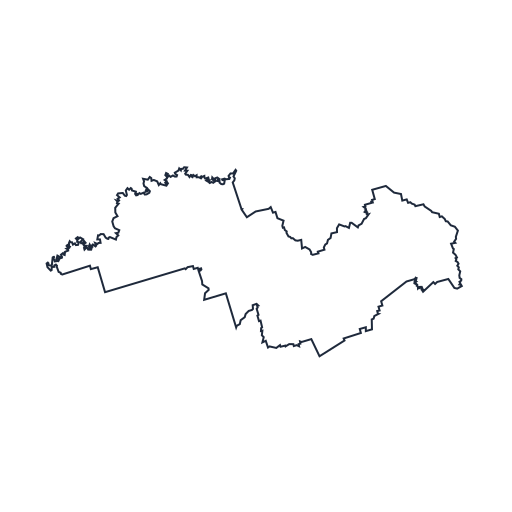 Indigo, Victoria, Australia, rotated 335°
{"feature_id": "25037944B29539471298626", "entity_name": "Indigo", "entity_type": "district", "adm_level": 2, "iso_a3": "AUS", "parent_name": "Australia", "parent_adm1": "Victoria", "projection": "orthographic", "projection_center": [146.626, -36.209], "detail": "fine", "context": "isolated", "style": "outline", "palette": "slate", "viewbox_px": 512, "rotation_deg": 335, "n_neighbors": 0, "source": "geoboundaries", "source_scale": "gbopen_adm2", "svg_char_len": 6107}
<svg xmlns="http://www.w3.org/2000/svg" viewBox="0 0 512 512"><g transform="rotate(335 256 256)"><path d="M63.1,174.3L62.3,178.0L63.8,182.5L64.8,182.4L66.2,179.7L68.7,180.6L69.2,179.3L71.0,179.2L71.5,180.7L70.9,181.5L70.4,187.0L71.9,188.6L71.6,189.7L72.6,190.9L101.4,194.6L100.8,198.1L107.8,199.3L103.9,225.0L186.2,237.1L186.7,238.2L189.3,237.2L194.6,238.5L194.1,241.4L198.2,242.1L198.0,243.5L201.0,244.0L200.8,245.1L199.5,245.7L197.7,245.4L196.5,255.9L195.3,259.1L199.3,265.2L198.8,266.7L194.1,268.2L190.5,273.8L212.9,277.1L207.8,312.4L209.1,311.1L212.5,310.9L215.0,307.7L219.9,306.7L222.1,304.2L226.2,302.7L229.5,303.2L230.9,302.7L232.2,299.2L236.3,299.6L237.1,301.8L236.0,301.6L235.7,303.4L234.3,304.1L233.4,310.4L232.1,310.6L231.2,316.3L232.8,316.5L231.4,323.2L230.2,323.5L228.8,326.1L230.2,326.4L227.8,330.3L228.7,332.8L225.3,337.0L229.0,337.0L228.2,344.0L230.1,343.7L235.5,347.9L240.1,346.9L239.9,348.6L244.7,349.6L244.6,350.4L248.8,349.9L252.6,351.7L252.2,353.6L255.2,354.0L256.9,356.0L257.4,353.9L259.2,354.2L259.8,352.0L261.0,353.2L271.0,354.7L271.2,373.7L300.5,370.0L300.6,367.8L318.5,370.1L319.2,366.0L325.4,367.0L323.8,370.5L330.1,371.5L334.1,362.4L336.1,362.5L337.9,360.4L342.6,360.2L342.1,359.8L342.6,357.1L345.0,357.6L345.6,353.7L349.6,354.3L350.3,349.9L381.6,342.7L389.4,343.9L391.7,343.4L392.2,343.8L391.4,344.8L391.2,343.6L389.7,345.1L389.9,346.0L389.2,346.3L390.1,347.0L388.8,347.3L389.2,348.3L388.5,348.3L389.9,350.1L389.1,350.9L389.8,352.0L389.1,353.9L391.2,353.2L392.0,353.5L391.5,354.2L392.9,354.3L392.5,355.2L393.1,355.0L393.1,355.7L392.2,356.3L393.1,357.1L392.1,357.4L392.3,359.0L405.7,354.6L406.5,357.0L409.2,356.1L420.6,358.1L422.3,368.8L424.6,370.6L429.8,370.2L429.7,368.9L428.3,367.8L429.7,367.1L429.5,365.4L431.6,365.0L432.3,363.8L431.3,361.9L432.1,359.4L434.6,356.2L433.7,353.6L435.0,352.0L434.3,349.9L436.3,348.6L436.1,346.6L434.9,344.9L436.3,343.4L436.0,342.3L437.5,342.2L437.3,339.2L436.0,336.2L438.2,333.3L437.7,332.3L438.0,327.3L442.2,328.3L441.7,326.7L444.6,325.0L445.2,323.1L449.7,318.3L448.6,313.5L445.5,310.5L444.3,305.7L442.7,304.7L442.7,302.2L441.2,298.6L439.0,298.3L439.6,295.0L434.1,290.7L433.9,289.2L429.8,282.4L429.6,279.9L421.5,278.2L421.5,276.5L419.3,274.3L418.6,272.5L416.3,272.1L416.5,268.4L412.0,267.6L413.6,261.1L407.9,256.9L403.3,247.4L389.3,245.1L387.7,254.6L384.9,254.2L384.5,256.6L383.4,255.8L383.3,256.7L376.4,255.6L376.1,257.3L374.3,257.0L375.5,259.4L375.2,260.8L374.5,260.7L374.7,261.7L373.8,261.9L374.6,262.4L373.7,262.7L375.0,264.0L374.1,264.8L374.4,265.6L375.7,265.8L371.5,268.2L369.6,268.1L365.3,271.4L361.9,271.6L360.4,273.1L356.7,266.3L355.4,265.7L352.1,269.8L349.8,266.8L348.7,266.6L344.7,262.5L341.1,265.0L339.5,268.6L333.9,267.4L331.2,271.2L328.0,271.8L325.7,274.6L323.6,274.9L321.1,276.9L320.7,279.2L313.9,278.2L313.7,280.0L307.9,278.9L306.8,277.5L307.6,275.8L307.3,272.7L304.4,268.6L300.9,268.6L303.8,260.5L300.3,259.8L298.3,258.5L296.9,255.4L295.5,254.9L295.0,253.1L293.7,252.0L293.4,247.9L294.2,246.7L293.1,244.6L293.5,241.9L292.3,241.7L292.6,239.8L295.9,235.6L291.4,230.8L292.3,224.3L289.7,223.9L290.0,217.9L287.4,218.6L274.5,215.5L264.1,217.0L262.6,207.9L263.3,207.6L262.7,207.1L266.0,179.5L268.3,178.3L269.6,176.6L269.2,174.4L274.1,170.4L273.9,169.3L270.0,171.5L267.8,170.4L265.0,171.8L264.8,173.1L265.5,174.0L264.4,174.9L261.1,173.7L260.3,172.6L257.7,172.2L257.7,173.0L259.7,174.1L257.7,177.0L256.3,177.0L254.9,176.1L254.0,174.1L255.0,171.7L253.3,172.1L252.3,171.4L254.9,170.0L254.1,168.5L251.9,168.3L250.8,170.1L249.6,166.3L248.6,167.8L250.3,171.1L248.2,171.6L247.1,170.2L244.9,170.3L244.6,169.5L245.7,168.1L243.8,168.1L242.8,166.6L245.6,166.2L245.9,164.7L242.7,164.4L242.4,163.1L243.0,161.6L240.6,161.5L239.7,159.9L239.8,162.0L239.0,162.4L237.5,160.5L235.5,159.6L236.3,157.7L234.4,157.9L233.5,156.2L231.8,157.7L231.4,157.1L232.1,155.8L231.2,155.0L229.1,156.3L228.6,153.7L226.8,152.6L226.6,151.5L229.8,149.7L227.7,148.6L230.8,146.6L228.4,145.2L226.5,146.1L225.0,145.4L224.1,146.6L223.4,144.2L221.8,145.8L217.6,146.2L217.5,147.4L218.7,149.3L217.6,150.4L216.1,149.8L214.7,147.9L212.0,148.2L211.2,146.3L209.3,147.1L209.4,145.1L210.7,144.2L209.6,142.8L208.0,144.4L208.7,146.5L208.0,148.1L205.4,148.5L206.6,150.4L204.7,151.2L204.9,152.1L206.6,152.0L206.9,152.9L204.5,154.4L200.1,150.7L200.0,149.6L197.9,150.6L198.0,146.6L195.5,143.9L193.1,143.7L194.0,141.1L193.1,139.5L190.2,141.1L186.3,138.3L186.1,141.0L184.7,142.7L184.2,145.4L185.9,148.2L182.8,151.1L184.9,151.4L186.4,150.1L187.2,152.4L186.0,153.6L182.9,153.9L181.2,153.3L180.8,151.1L177.8,151.0L176.9,149.7L175.4,150.4L174.2,149.0L173.9,150.6L173.0,150.4L172.7,148.6L174.3,146.9L171.3,144.2L171.7,142.4L171.2,141.5L169.0,142.3L168.2,140.2L165.7,141.6L164.8,146.1L163.7,146.8L162.6,145.9L161.9,142.6L157.5,141.0L155.8,142.1L157.2,145.3L154.9,145.6L155.4,147.8L154.5,148.0L153.0,146.7L153.4,148.2L152.3,149.4L153.6,150.5L148.8,152.8L146.9,157.1L147.3,161.4L142.9,161.5L140.3,164.0L139.5,168.9L139.9,171.3L143.0,174.8L141.1,176.7L138.7,176.1L139.9,179.1L137.5,179.9L136.0,181.9L131.6,177.1L130.3,177.1L129.4,178.1L128.6,177.6L127.5,175.8L127.1,171.8L124.5,170.5L122.6,171.1L121.6,170.5L119.2,173.9L121.6,175.0L120.7,178.4L118.7,177.6L117.4,178.1L115.7,176.2L115.5,179.1L114.6,179.5L113.0,176.6L112.0,177.0L111.5,178.5L110.3,178.0L110.1,175.3L108.6,176.8L108.5,179.1L110.5,179.2L109.3,180.6L106.6,179.3L106.4,176.5L103.3,177.7L103.6,175.9L106.4,175.0L104.5,173.9L104.4,172.5L107.1,172.0L106.5,169.7L104.2,171.2L102.9,170.5L103.0,169.0L106.3,167.6L104.4,164.9L101.6,165.6L101.5,164.5L103.2,163.4L100.2,164.0L100.8,166.2L99.9,167.5L101.3,168.7L99.4,170.7L97.4,170.0L97.2,168.0L94.9,168.3L95.1,165.9L93.8,165.2L93.4,163.9L91.8,165.4L91.1,167.4L89.8,166.3L88.6,166.8L89.0,168.1L91.0,169.1L90.2,169.7L87.4,169.3L88.4,171.0L88.1,171.7L84.7,171.5L83.0,174.2L82.4,173.6L82.3,171.8L79.8,172.4L79.8,175.0L79.2,175.6L77.3,175.1L75.6,176.4L75.8,174.9L77.8,173.9L76.2,171.7L73.7,174.7L73.7,176.6L71.4,175.9L71.7,173.8L71.0,172.4L71.6,171.6L73.3,171.7L72.0,171.2L71.1,171.4L67.2,177.9L66.0,178.0L63.5,176.1L64.8,174.9L64.5,174.0L63.1,174.3Z" fill="none" stroke="#1e293b" stroke-width="2"/></g></svg>